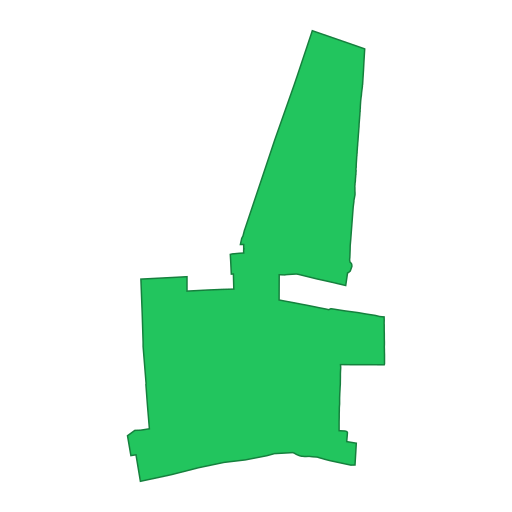 Gura Padinii, Romania
{"feature_id": "2599482B60613524156855", "entity_name": "Gura Padinii", "entity_type": "district", "adm_level": 2, "iso_a3": "ROU", "parent_name": "Romania", "parent_adm1": "", "projection": "albers", "projection_center": [24.327, 43.755], "detail": "fine", "context": "isolated", "style": "filled", "palette": "green", "viewbox_px": 512, "rotation_deg": 0, "n_neighbors": 0, "source": "geoboundaries", "source_scale": "gbopen_adm2", "svg_char_len": 3421}
<svg xmlns="http://www.w3.org/2000/svg" viewBox="0 0 512 512"><path d="M364.7,48.9L363.9,48.6L362.5,48.1L316.6,32.2L312.3,30.7L311.6,32.9L307.0,46.7L297.3,75.7L294.1,85.1L274.7,140.1L262.9,175.4L244.8,229.4L244.5,230.1L243.0,235.9L241.7,238.4L240.4,244.5L243.7,244.5L243.7,247.0L243.7,248.4L244.0,248.5L243.9,249.5L243.7,249.5L243.6,251.0L243.7,251.7L243.7,253.0L239.0,253.3L236.8,253.5L234.8,253.7L232.3,253.9L230.7,254.3L230.3,254.4L230.7,261.4L230.8,263.4L231.3,274.1L233.4,274.0L233.8,289.1L222.3,289.4L208.2,290.0L187.0,291.1L187.0,276.7L175.9,277.3L140.9,279.1L141.7,300.4L142.2,313.5L143.1,342.1L143.1,346.5L146.1,383.7L145.9,384.5L147.4,404.7L149.4,428.8L140.5,430.2L134.8,430.4L131.1,433.1L127.5,435.7L130.9,455.6L136.0,454.8L137.1,461.5L140.4,481.3L171.6,474.6L198.2,467.8L224.0,462.4L245.3,459.9L266.9,455.7L274.5,453.6L275.0,453.5L275.6,453.6L276.7,453.5L292.8,452.6L294.4,453.2L296.2,454.3L297.8,455.0L299.5,455.7L301.3,456.2L302.9,456.3L304.5,456.5L306.2,456.5L307.9,456.4L309.6,456.4L311.1,456.6L312.9,456.8L314.7,456.9L317.4,457.1L319.5,457.8L322.1,458.5L324.4,459.2L329.8,460.6L350.8,465.1L355.0,465.0L356.3,443.2L346.7,441.6L347.4,433.4L347.4,432.4L346.8,431.6L346.0,431.3L344.9,431.0L339.1,430.7L339.1,424.7L339.1,421.4L339.2,417.5L339.2,413.9L339.3,410.5L339.3,408.0L339.4,406.5L339.6,404.1L339.6,401.4L339.6,398.0L339.7,395.5L339.8,392.8L340.0,389.5L340.1,387.0L340.3,384.5L340.4,377.1L340.4,373.7L340.5,371.2L340.7,367.8L340.5,364.6L342.4,364.6L351.0,364.7L363.9,364.7L370.1,364.7L384.2,364.8L384.5,363.9L384.5,362.0L384.5,361.1L384.5,359.9L384.5,357.6L384.5,354.4L384.4,351.6L384.4,349.7L384.3,346.9L384.4,344.5L384.4,341.8L384.3,338.7L384.3,336.3L384.3,333.7L384.2,330.5L384.2,327.7L384.2,324.8L384.1,323.3L384.2,320.2L384.1,316.9L382.6,316.8L379.6,316.5L375.2,315.4L365.4,313.9L358.1,312.6L353.5,312.0L345.1,310.9L338.6,309.9L333.7,309.1L330.9,308.7L328.7,309.7L325.7,309.0L321.6,308.2L318.9,307.7L315.7,307.0L306.2,305.1L302.9,304.5L279.1,300.0L279.2,274.7L284.5,274.9L286.6,274.6L296.3,274.0L298.2,274.3L316.8,278.9L323.2,280.3L331.2,282.1L345.7,285.5L347.4,273.9L347.6,272.8L348.0,272.7L348.6,272.5L349.4,271.7L350.2,271.1L350.7,269.8L351.9,266.4L351.8,264.8L351.4,263.5L350.0,262.1L349.7,260.6L349.6,259.4L349.8,257.7L349.9,255.6L350.1,249.9L350.2,245.6L350.7,239.9L353.2,207.0L353.9,201.6L353.9,200.4L354.5,197.5L354.6,196.7L354.8,195.9L354.9,195.3L355.0,194.4L355.0,192.7L354.9,191.0L354.9,189.2L354.9,187.9L354.8,186.3L355.0,184.5L355.0,183.5L355.1,182.8L355.3,181.6L355.4,180.4L355.4,179.4L355.5,178.1L355.6,177.1L355.7,175.8L355.7,175.0L355.9,174.6L355.9,173.8L355.9,173.0L356.0,171.9L356.1,170.6L356.0,169.8L355.9,169.4L355.9,169.1L356.0,168.3L356.1,167.7L356.2,167.3L356.2,166.4L356.2,165.4L356.3,163.3L356.4,161.8L356.5,160.3L356.6,158.7L356.7,156.7L356.9,155.3L356.9,153.9L357.1,153.0L357.1,151.6L357.2,150.2L357.3,149.1L357.4,147.3L357.6,145.3L357.7,143.2L357.9,141.2L358.0,140.1L358.1,138.3L358.2,137.1L358.4,134.3L358.6,132.0L358.7,130.3L358.8,129.0L359.0,126.8L359.1,123.7L359.2,122.8L359.4,120.3L359.5,118.7L359.6,118.1L359.6,117.1L359.7,116.4L359.8,115.2L359.9,113.5L360.0,111.9L360.2,111.1L360.1,110.6L360.1,109.5L360.3,108.1L360.3,106.8L360.5,103.6L360.7,100.7L361.1,97.1L361.4,95.2L361.5,93.6L361.7,91.7L362.1,88.6L362.4,86.3L362.4,85.1L362.6,84.5L362.8,81.0L363.5,70.1L363.9,62.2L364.6,50.6L364.7,49.4L364.7,48.9Z" fill="#22c55e" stroke="#15803d" stroke-width="1.5"/></svg>